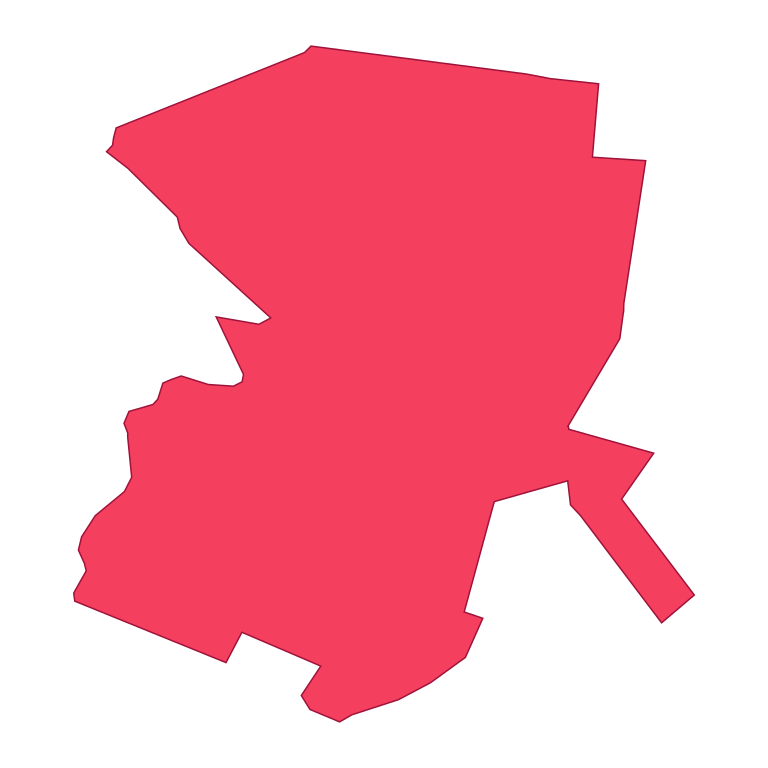 Ruwa, Mashonaland East, Zimbabwe
{"feature_id": "62879985B71976011533530", "entity_name": "Ruwa", "entity_type": "district", "adm_level": 2, "iso_a3": "ZWE", "parent_name": "Zimbabwe", "parent_adm1": "Mashonaland East", "projection": "robinson", "projection_center": [31.224, -17.887], "detail": "fine", "context": "isolated", "style": "filled", "palette": "rose", "viewbox_px": 768, "rotation_deg": 0, "n_neighbors": 0, "source": "geoboundaries", "source_scale": "gbopen_adm2", "svg_char_len": 1102}
<svg xmlns="http://www.w3.org/2000/svg" viewBox="0 0 768 768"><path d="M74.8,601.2L226.0,662.6L241.9,632.3L320.8,666.1L301.3,695.5L310.0,709.5L339.6,721.9L351.8,714.8L398.6,699.6L430.5,682.7L465.4,657.4L482.8,618.3L464.2,612.0L492.4,508.4L494.3,501.6L533.0,490.6L567.7,480.8L570.5,504.9L580.4,515.5L661.6,622.8L694.3,595.0L621.6,499.1L653.7,453.2L568.8,429.3L568.5,426.7L567.8,426.4L619.8,338.7L623.2,313.6L623.2,312.9L623.6,312.1L623.6,311.4L623.6,310.6L623.7,309.9L623.7,307.7L623.8,304.7L623.8,304.3L623.8,303.6L645.7,160.7L592.4,157.2L598.6,83.8L550.2,78.6L526.8,74.1L311.0,46.1L307.4,49.7L304.6,52.5L116.2,127.9L113.6,137.7L112.5,145.4L112.0,145.8L106.5,151.7L127.9,168.3L177.3,217.1L180.1,228.6L188.9,243.4L267.7,315.1L270.8,317.9L258.8,324.3L216.2,316.9L243.5,374.4L242.1,381.8L233.5,386.2L208.3,384.5L181.2,376.0L171.0,379.6L162.9,383.1L157.8,399.2L152.9,404.5L129.0,411.4L127.4,415.2L124.0,423.3L127.8,433.2L127.7,434.3L127.7,437.1L131.7,477.3L124.4,491.6L95.3,515.6L81.6,536.8L78.4,550.1L84.4,563.4L86.2,570.9L73.7,593.1L74.8,601.2Z" fill="#f43f5e" stroke="#9f1239" stroke-width="1.5"/></svg>